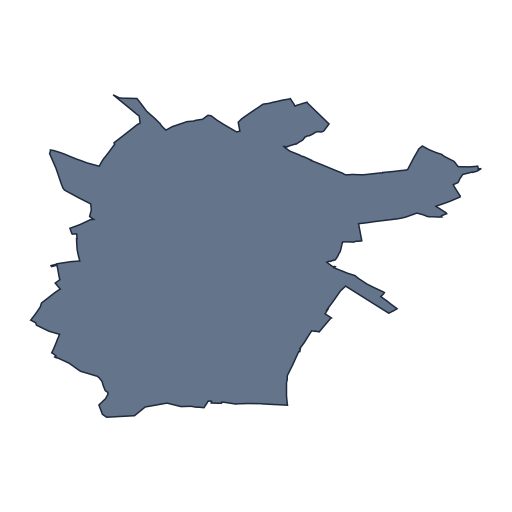 Jēkabpils, Jekabpils, Latvia
{"feature_id": "27541924B6022937125095", "entity_name": "Jēkabpils", "entity_type": "district", "adm_level": 2, "iso_a3": "LVA", "parent_name": "Latvia", "parent_adm1": "Jekabpils", "projection": "robinson", "projection_center": [25.88, 56.501], "detail": "fine", "context": "isolated", "style": "filled", "palette": "slate", "viewbox_px": 512, "rotation_deg": 0, "n_neighbors": 0, "source": "geoboundaries", "source_scale": "gbopen_adm2", "svg_char_len": 5879}
<svg xmlns="http://www.w3.org/2000/svg" viewBox="0 0 512 512"><path d="M50.1,152.0L49.6,153.6L56.1,168.6L61.3,183.9L63.1,188.4L64.7,190.2L78.5,197.7L90.7,203.9L91.3,210.1L89.6,216.5L93.6,219.4L90.6,219.6L80.2,224.5L69.9,228.3L70.0,228.6L71.6,233.0L72.2,234.1L76.6,233.9L77.1,238.7L76.5,238.7L76.6,239.9L76.6,241.6L76.7,242.7L76.9,245.3L76.9,246.4L77.0,247.9L77.1,248.9L77.3,250.7L77.5,251.5L77.8,252.8L78.0,254.1L78.4,255.5L78.6,256.6L79.8,261.0L78.4,261.1L74.3,261.4L72.4,261.5L71.1,261.6L56.8,263.8L56.1,264.3L54.9,264.6L54.2,264.8L51.0,265.6L51.5,266.6L53.2,266.2L54.9,265.7L56.9,265.2L57.7,268.9L58.5,273.4L59.1,276.9L59.9,279.6L55.2,283.1L60.3,289.1L58.7,290.0L54.9,292.6L51.4,295.3L47.2,298.6L41.5,303.0L40.2,307.1L35.8,313.5L30.7,320.2L35.6,322.7L36.5,325.2L49.1,331.3L59.6,334.3L59.1,335.3L58.4,337.2L57.4,339.4L56.4,342.2L55.8,343.5L55.1,345.3L53.8,348.3L53.7,348.7L51.7,352.8L53.1,353.6L56.0,355.9L54.7,357.0L56.4,357.9L56.9,357.6L58.7,358.4L69.1,363.2L79.1,370.4L80.9,371.4L95.9,375.9L96.9,376.1L99.0,377.6L102.0,381.4L102.8,384.2L103.2,385.6L103.8,387.1L105.2,390.5L106.1,391.3L107.8,392.3L107.9,394.4L105.5,398.7L103.3,400.8L98.9,405.0L102.4,414.3L106.5,417.2L107.0,417.2L134.5,415.7L145.2,407.0L167.0,403.1L181.0,406.6L190.8,406.3L192.3,406.5L193.5,406.7L195.3,407.1L199.8,407.3L204.0,407.7L208.3,401.0L211.5,401.3L211.2,403.0L216.4,403.2L217.9,403.3L219.1,403.2L220.8,403.2L221.5,403.2L221.6,402.2L223.7,402.2L234.7,403.9L235.9,404.1L236.2,404.1L237.3,403.8L246.1,403.6L246.9,403.5L261.4,403.7L262.1,403.8L262.4,403.9L275.7,404.6L276.7,404.6L287.5,405.2L287.1,402.3L286.5,395.8L286.5,385.8L286.5,382.5L287.2,380.1L287.3,375.7L292.8,364.6L297.1,355.1L298.7,351.7L298.8,351.6L299.8,351.7L299.9,351.4L299.5,351.3L300.1,350.0L299.9,349.9L300.4,348.6L300.0,348.5L300.3,347.9L304.1,342.8L307.2,337.9L307.5,337.3L311.7,330.8L313.5,331.1L315.1,331.4L315.3,331.1L319.2,331.9L319.9,331.0L321.7,328.9L322.5,327.9L330.6,318.4L331.2,318.1L331.4,318.0L325.1,313.8L327.8,309.5L327.1,309.6L328.8,307.2L329.7,306.0L333.0,301.6L340.4,291.0L345.6,286.1L388.4,313.0L388.8,313.2L394.6,310.2L397.1,308.7L390.2,303.6L389.1,302.7L386.9,300.9L380.8,296.6L383.8,293.6L384.4,292.5L382.4,291.5L372.2,286.7L366.9,284.0L363.4,281.7L358.8,278.7L355.7,276.2L355.1,275.6L347.2,273.1L333.9,267.7L335.2,266.7L334.3,266.4L333.8,266.9L331.9,266.1L326.8,262.2L328.1,261.6L328.6,261.3L329.1,261.4L330.6,261.4L331.3,260.8L331.6,260.9L331.9,260.6L332.7,260.4L333.0,260.6L333.2,260.3L333.6,260.1L334.9,260.1L335.8,259.2L337.0,257.4L337.6,256.4L338.1,255.6L338.6,254.1L339.7,252.4L339.9,252.2L340.6,250.2L341.5,246.5L341.7,245.3L342.6,242.0L346.6,241.8L349.0,241.9L353.8,242.1L355.7,241.3L360.5,241.1L361.8,240.8L360.7,235.1L359.1,226.6L358.6,223.7L363.9,223.1L368.7,222.5L370.1,222.3L374.4,221.6L392.2,219.5L393.6,219.3L397.0,218.9L398.3,218.7L401.5,218.1L404.5,217.4L405.8,217.0L407.1,216.6L408.2,216.2L409.6,215.7L416.9,213.1L421.8,214.4L424.6,215.3L427.0,216.4L428.3,216.6L428.7,216.7L429.4,216.8L430.3,216.8L431.8,216.8L433.6,216.8L435.1,216.9L437.2,217.0L437.8,217.0L439.6,217.1L441.8,216.9L441.5,216.6L441.4,215.9L443.3,215.0L446.4,213.8L446.7,213.7L446.1,212.8L435.9,206.3L437.6,205.6L439.8,204.9L442.5,204.0L447.1,202.4L451.9,200.5L453.0,200.0L455.1,199.1L460.1,197.0L460.1,195.6L459.5,195.1L457.3,191.5L456.7,190.6L455.5,188.7L453.4,185.1L453.3,184.6L457.8,182.7L458.6,181.5L459.7,179.0L462.7,174.5L465.3,173.8L472.2,172.1L472.4,172.4L477.0,171.2L481.3,168.6L478.2,168.9L478.3,168.4L477.6,166.1L474.7,166.5L470.5,166.8L468.5,166.9L466.0,166.8L462.2,166.8L458.1,166.6L457.0,165.2L454.9,162.4L454.1,161.4L449.6,159.1L444.9,156.7L442.8,155.4L442.0,154.5L435.6,152.4L428.9,149.6L422.9,146.3L422.8,146.2L422.3,146.0L421.9,146.3L420.9,147.2L419.3,148.5L418.4,149.4L418.2,150.1L415.5,154.8L413.6,158.1L412.1,161.0L407.6,169.6L405.6,170.1L402.8,170.4L400.6,170.6L395.9,171.2L392.1,171.6L386.9,172.1L383.6,172.4L382.7,172.4L382.5,173.0L380.5,172.9L363.3,174.8L355.4,174.6L353.4,174.4L345.8,174.9L344.8,174.4L344.0,174.2L342.6,173.2L337.0,171.0L322.0,164.8L311.1,160.5L311.4,160.2L303.1,156.4L302.3,156.6L301.2,155.9L299.6,155.0L290.3,151.3L288.7,150.3L285.4,147.9L284.0,146.5L284.7,146.5L285.4,146.6L285.9,146.9L286.2,147.0L286.7,146.8L287.6,146.8L287.7,146.4L291.1,145.3L292.4,144.9L293.1,144.7L293.8,144.6L294.6,144.3L294.8,144.0L295.0,144.0L295.8,144.2L296.2,144.1L296.5,143.9L297.5,143.2L299.1,142.2L301.1,141.0L302.3,140.3L302.7,140.0L303.2,139.5L303.6,138.8L304.3,138.1L304.8,137.3L305.2,136.8L305.5,136.8L306.0,136.8L306.2,136.6L306.4,136.4L307.1,136.1L307.6,135.9L309.1,135.8L310.3,135.3L311.7,134.6L312.7,134.1L313.4,133.6L314.6,132.9L315.7,132.1L316.6,131.9L318.6,131.7L321.0,132.0L322.5,131.6L323.5,131.1L324.4,130.2L325.4,128.8L326.7,127.1L328.0,125.3L329.0,123.9L307.5,103.1L307.0,102.2L301.9,103.7L299.2,104.6L297.3,105.1L296.3,105.5L295.4,105.9L294.7,106.3L294.5,106.5L294.6,106.2L294.6,105.6L294.5,105.2L294.2,104.5L293.7,103.7L292.6,102.1L291.5,100.5L290.4,98.6L289.8,98.9L282.6,100.1L277.2,101.4L273.2,102.2L268.8,103.4L264.7,103.9L262.7,104.3L260.1,106.2L256.4,108.7L255.0,109.6L249.5,113.3L241.9,118.6L238.2,122.3L239.9,131.1L236.6,131.9L224.0,124.6L217.0,120.2L211.0,115.7L207.9,115.3L202.5,119.3L198.7,119.8L198.4,119.9L195.9,120.3L195.1,120.4L194.3,121.0L187.1,121.6L172.1,126.7L166.0,130.1L163.0,127.4L161.1,125.3L159.9,123.3L159.4,123.0L159.1,122.8L157.6,121.2L156.0,119.6L155.3,118.9L146.5,111.1L144.7,108.6L139.8,102.1L136.9,98.5L125.0,98.2L123.1,98.2L119.3,97.9L113.1,94.8L128.2,107.1L137.6,114.9L139.1,115.8L140.1,123.1L137.1,124.7L135.6,125.9L129.4,130.8L123.8,135.2L114.0,142.8L114.7,144.2L108.2,153.0L107.4,154.0L105.4,156.6L103.7,158.6L101.4,162.2L99.2,166.2L86.7,162.8L81.8,160.9L76.9,159.2L70.9,156.8L64.0,153.9L59.7,152.4L53.3,150.4L52.3,150.4L52.2,150.3L51.6,150.2L50.6,149.9L50.3,150.0L50.4,150.5L50.1,152.0Z" fill="#64748b" stroke="#1e293b" stroke-width="1.5"/></svg>